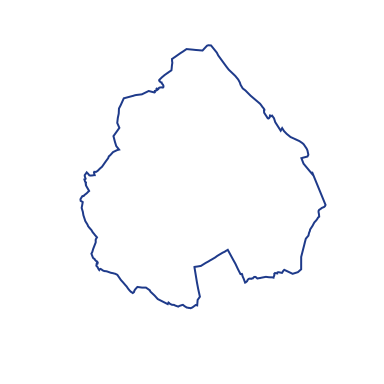 Åseral nor, Vest-Agder, Norway, rotated 58°
{"feature_id": "86288312B2212467057349", "entity_name": "Åseral nor", "entity_type": "district", "adm_level": 2, "iso_a3": "NOR", "parent_name": "Norway", "parent_adm1": "Vest-Agder", "projection": "robinson", "projection_center": [7.403, 58.684], "detail": "fine", "context": "isolated", "style": "outline", "palette": "blue", "viewbox_px": 384, "rotation_deg": 58, "n_neighbors": 0, "source": "geoboundaries", "source_scale": "gbopen_adm2", "svg_char_len": 5725}
<svg xmlns="http://www.w3.org/2000/svg" viewBox="0 0 384 384"><g transform="rotate(58 192 192)"><path d="M306.1,163.0L305.9,162.9L305.5,162.2L305.7,161.4L306.7,160.2L306.9,160.0L308.0,158.9L308.3,158.5L307.2,156.3L306.9,155.0L314.7,150.0L316.1,144.7L315.4,140.4L304.9,133.8L296.1,124.6L295.1,123.6L294.9,123.3L294.7,123.2L291.9,120.2L290.7,116.4L288.6,114.3L287.5,112.7L286.4,111.7L284.5,107.6L283.2,105.4L282.6,104.3L281.9,101.7L281.0,99.5L280.5,98.8L280.3,97.2L277.9,96.0L276.5,95.5L275.2,94.8L274.5,93.6L274.5,91.6L274.3,90.7L274.4,89.7L274.7,88.0L274.5,86.8L273.7,85.6L239.3,79.7L239.2,79.8L239.2,80.0L239.4,80.2L240.2,80.2L240.3,80.2L240.2,80.4L240.2,80.5L240.3,80.6L227.1,82.4L221.3,81.3L221.6,80.3L221.6,80.1L223.1,75.3L222.1,73.6L218.0,72.1L216.0,71.8L210.7,72.0L209.0,72.5L205.8,73.9L197.6,79.3L192.9,80.9L189.1,81.7L185.6,81.7L187.0,84.3L176.9,84.4L172.9,83.4L169.7,83.6L169.7,83.8L169.7,84.0L169.8,84.2L169.8,84.3L169.7,84.6L169.5,84.9L169.4,84.9L168.9,85.0L168.7,85.0L168.4,85.3L168.5,85.4L168.8,85.7L169.7,86.4L169.9,86.8L170.0,87.1L170.2,87.7L170.2,88.2L170.1,88.4L169.5,88.7L163.0,88.8L160.9,87.7L160.9,87.2L160.4,86.9L158.4,87.0L157.5,87.2L155.2,87.3L153.3,87.5L141.3,91.3L134.2,92.9L131.3,94.0L130.8,94.1L126.8,94.0L124.5,93.4L121.1,93.2L120.3,93.3L116.5,93.8L115.3,94.1L107.8,96.0L107.0,96.1L104.0,96.4L99.9,96.7L90.1,97.4L87.0,97.1L77.8,98.2L76.2,100.4L75.9,101.8L76.8,105.2L77.6,108.1L73.2,114.0L71.7,115.9L67.9,120.9L68.1,125.4L68.1,126.9L68.1,128.1L68.5,135.4L68.5,136.4L68.6,137.3L68.6,138.5L70.4,139.5L72.0,140.2L74.1,142.0L76.1,143.5L77.0,144.2L77.9,145.0L78.0,147.9L78.3,153.3L78.5,154.5L78.8,156.8L79.1,158.1L79.4,159.6L79.5,159.8L79.5,160.0L79.6,160.4L79.7,160.5L79.9,160.7L80.3,160.8L80.6,160.8L80.9,160.8L81.1,160.6L81.6,160.6L82.4,160.4L82.9,160.0L83.0,159.8L83.3,159.9L83.8,159.9L84.4,160.0L85.4,159.8L85.9,159.8L86.5,159.9L87.1,160.1L87.4,160.3L87.8,160.6L87.9,160.9L88.0,161.1L88.0,161.4L87.8,161.6L87.7,161.7L87.3,162.1L87.2,162.4L86.9,162.8L86.7,163.2L86.6,163.4L86.4,163.8L86.2,164.4L86.2,164.7L86.3,164.9L86.5,165.3L86.7,165.6L86.9,166.1L86.9,166.4L86.7,166.8L85.8,166.9L85.6,167.0L85.7,167.4L85.8,167.6L86.7,167.7L86.8,167.8L87.0,167.8L87.0,168.5L86.9,169.2L86.8,169.9L86.8,170.0L86.7,170.1L86.9,170.3L87.1,170.5L87.7,170.7L87.7,170.8L87.7,171.1L83.4,175.2L82.6,182.8L80.1,188.1L79.5,189.8L79.4,190.6L79.2,191.1L76.4,200.2L80.6,206.5L82.2,209.2L82.5,209.7L86.7,212.6L89.8,215.6L93.8,218.8L99.1,219.6L99.5,220.5L103.0,229.0L108.7,230.8L112.9,231.9L117.4,231.4L116.8,233.3L116.3,237.8L117.5,242.0L117.7,243.6L117.9,243.9L118.9,245.2L120.3,248.8L122.9,254.9L123.3,257.5L124.1,260.9L124.1,261.7L124.1,262.7L123.1,264.2L123.5,264.8L126.1,265.6L125.6,266.4L125.5,267.0L124.4,269.2L123.5,270.2L121.1,270.5L120.4,270.8L119.6,270.9L120.9,274.1L121.6,274.5L123.0,274.9L124.0,275.1L124.4,275.2L124.6,276.1L124.4,276.6L126.3,277.1L127.8,276.9L128.1,277.1L128.2,277.3L128.1,277.5L129.2,277.9L129.3,277.9L129.4,278.1L130.1,278.4L130.3,278.4L131.1,278.5L136.6,278.7L136.9,280.3L137.3,281.9L137.6,285.0L137.8,285.4L138.0,286.1L137.4,287.1L138.1,288.7L139.0,290.4L140.5,291.1L142.6,290.0L142.9,290.2L147.0,294.0L151.0,295.1L154.1,296.4L160.2,297.9L163.6,297.9L164.0,297.9L164.8,298.0L165.3,298.1L165.6,298.2L168.1,298.0L168.6,297.8L169.4,297.8L170.5,297.5L171.1,297.5L173.2,297.5L173.5,297.6L175.1,297.3L177.2,297.1L180.1,296.6L180.3,297.0L181.0,298.4L181.2,298.7L181.5,299.0L182.4,299.6L183.0,299.9L183.3,300.1L183.7,300.4L183.9,300.6L187.1,304.9L188.1,306.2L190.0,308.3L191.0,310.0L194.6,310.7L195.7,310.8L196.5,310.5L196.7,310.3L196.9,310.2L197.4,310.1L197.7,310.2L198.3,310.2L199.9,309.8L200.6,309.7L200.6,309.4L201.1,309.3L201.8,309.3L202.0,309.4L202.1,309.6L202.7,310.1L202.7,310.3L202.5,310.5L202.2,310.7L202.3,310.9L203.2,311.6L203.7,312.1L204.0,312.2L205.4,311.9L205.9,311.9L206.2,312.0L207.4,312.0L207.8,312.1L208.0,312.1L209.0,312.0L208.7,311.4L208.7,311.2L208.7,310.4L209.7,309.8L210.8,309.4L211.6,309.0L212.6,308.2L212.8,308.0L213.3,307.3L213.6,306.9L214.4,306.1L217.3,303.8L217.6,303.5L218.4,302.7L218.8,302.2L219.9,301.2L220.7,300.4L222.7,299.2L225.1,299.1L227.5,299.0L228.0,299.0L229.2,298.9L231.9,298.4L235.9,297.8L237.5,297.5L240.3,297.4L241.5,297.2L241.9,297.2L243.0,297.0L243.7,296.8L244.1,296.8L245.1,296.3L245.1,296.2L246.3,295.8L246.3,295.5L246.1,294.2L245.7,293.7L245.1,293.1L245.0,292.9L244.3,291.2L243.6,288.6L246.7,284.9L248.7,281.7L252.9,279.9L253.1,280.0L253.3,279.9L253.7,280.0L253.9,280.0L254.1,280.0L254.7,280.0L260.0,278.6L264.6,277.8L266.1,276.9L274.2,272.0L273.7,271.3L273.5,270.8L273.3,270.5L274.0,270.2L274.6,270.2L275.9,269.5L277.1,268.7L277.9,267.5L278.2,267.1L279.4,266.4L281.9,264.4L281.9,263.2L282.6,260.3L282.9,259.5L284.9,258.8L287.3,257.6L288.0,256.7L288.6,256.2L289.2,255.3L289.8,254.8L290.1,252.9L289.8,248.7L290.9,247.7L286.5,244.4L285.0,240.8L277.4,238.1L271.5,235.8L256.9,229.7L257.0,229.2L258.0,227.0L259.0,224.6L259.4,223.7L259.4,218.7L259.4,217.9L259.5,216.4L259.6,214.8L259.6,213.6L259.6,212.5L259.7,211.4L259.7,210.9L259.8,207.0L259.6,204.8L259.6,202.9L259.7,198.2L260.0,195.8L259.9,194.9L260.0,192.9L260.0,192.3L271.3,193.0L275.7,193.2L281.6,193.9L287.3,194.4L287.5,194.2L287.9,193.1L288.4,193.1L289.7,193.6L291.1,193.9L292.8,194.1L297.0,195.0L297.1,194.4L296.8,192.5L296.1,191.5L295.7,190.0L295.9,189.6L296.1,188.7L297.0,187.9L297.0,187.2L297.1,186.9L297.5,186.3L297.3,185.8L297.0,184.2L297.7,183.1L300.0,182.4L300.1,182.2L300.3,181.6L300.6,180.8L300.7,180.5L301.0,180.0L301.3,179.0L302.1,176.9L303.1,174.3L305.0,172.0L305.7,171.0L306.1,170.4L306.9,169.2L307.8,168.3L307.4,168.0L307.3,167.7L306.3,166.4L305.8,166.0L304.9,165.5L304.9,165.0L304.7,164.5L305.2,164.0L305.5,163.7L306.1,163.0Z" fill="none" stroke="#1e3a8a" stroke-width="2"/></g></svg>